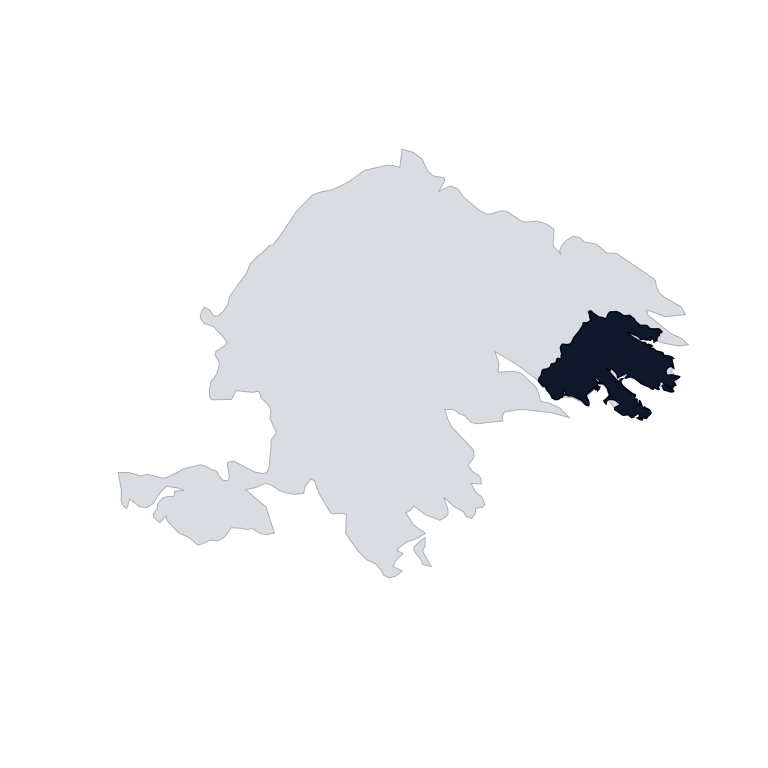 location of Kerry within Ireland, rotated 231°
{"feature_id": "IRL-725", "entity_name": "Kerry", "entity_type": "County", "adm_level": 1, "iso_a3": "IRL", "parent_name": "Ireland", "parent_adm1": "", "projection": "orthographic", "projection_center": [-9.777, 52.132], "detail": "fine", "context": "in_parent", "style": "filled", "palette": "ink", "viewbox_px": 768, "rotation_deg": 231, "n_neighbors": 0, "source": "natural_earth", "source_scale": "10m", "svg_char_len": 9547}
<svg xmlns="http://www.w3.org/2000/svg" viewBox="0 0 768 768"><g transform="rotate(231 384 384)"><path d="M462.4,143.4L449.8,153.0L447.9,156.5L444.7,170.6L444.4,174.6L436.8,190.4L432.3,193.7L425.5,196.5L421.6,199.1L416.7,198.0L410.5,198.3L407.4,201.2L407.6,203.3L409.6,205.7L421.3,212.6L420.7,215.6L417.6,219.1L397.1,228.0L391.0,233.2L388.9,236.6L391.3,242.1L408.3,258.5L411.2,260.3L413.9,270.0L428.7,273.6L434.9,279.6L440.2,280.9L451.4,280.0L456.0,282.1L458.5,280.3L459.9,277.0L472.1,264.7L467.9,255.9L480.0,240.3L483.5,240.4L489.6,244.8L494.8,251.0L496.7,259.6L501.7,267.1L504.8,269.7L512.9,270.9L515.0,273.8L514.0,285.1L515.4,288.8L536.1,287.6L544.1,282.3L551.3,282.8L555.1,287.7L556.9,292.8L550.8,295.0L544.3,294.3L541.4,297.8L541.5,304.4L544.1,312.7L548.7,318.5L552.8,331.8L556.5,346.6L561.4,355.4L562.9,366.5L562.5,372.1L563.8,381.9L562.1,385.5L564.0,394.7L573.2,424.3L575.9,447.6L572.6,456.5L567.9,465.1L565.1,475.1L563.1,485.9L562.3,503.2L552.2,523.8L547.7,529.0L542.3,532.4L555.0,545.9L545.5,552.6L534.8,555.1L522.7,552.1L515.3,552.8L506.2,560.5L504.0,559.3L499.1,547.9L496.3,559.9L489.5,564.0L477.7,563.6L458.2,567.5L450.7,571.1L447.7,576.5L445.6,582.7L442.6,586.4L439.2,588.5L424.1,593.4L421.1,595.3L414.3,605.4L405.1,611.4L397.5,613.3L390.5,607.6L387.7,604.2L384.5,602.5L374.0,603.0L377.3,604.7L379.5,608.8L380.7,616.6L379.7,624.2L374.6,628.2L368.4,629.1L358.8,637.2L345.8,639.5L338.9,647.0L296.2,659.8L293.7,659.9L287.8,656.8L281.4,655.4L275.0,656.4L257.0,663.4L248.3,662.0L259.4,644.8L274.3,636.1L275.8,633.8L270.9,632.6L242.7,638.6L232.8,643.7L223.0,645.2L227.6,637.4L240.3,626.7L251.2,619.7L255.9,613.4L269.2,606.2L226.3,620.9L215.1,619.0L212.5,614.9L203.7,616.8L200.4,606.8L213.5,591.8L221.1,585.3L230.0,581.9L238.6,576.9L241.9,570.7L237.8,568.7L212.1,570.2L199.7,568.8L200.5,563.9L202.8,558.5L215.6,549.4L222.5,547.9L228.6,548.8L239.5,554.3L253.9,552.6L247.9,546.7L246.8,534.7L242.2,530.6L248.1,525.1L254.9,521.7L266.0,510.2L270.0,508.4L292.1,505.5L316.0,499.3L339.5,490.7L327.3,486.1L321.4,480.1L312.3,492.6L305.6,497.4L286.7,500.1L280.6,498.7L272.2,494.9L269.6,496.4L267.1,499.3L254.6,505.5L241.4,506.9L256.7,495.7L276.1,476.7L280.4,470.7L286.5,460.2L284.6,455.6L280.6,453.0L294.4,431.5L299.3,427.5L308.2,426.8L314.8,423.4L317.6,423.3L320.2,422.0L325.9,415.5L317.0,411.5L307.9,409.5L279.6,411.9L275.9,411.5L272.4,409.5L270.1,406.7L268.4,399.4L266.4,397.8L260.0,397.8L253.7,400.0L249.4,399.8L245.1,396.6L251.9,389.1L243.1,387.4L234.2,388.8L226.7,386.5L226.5,381.9L229.9,377.2L225.5,372.8L224.6,367.2L229.3,364.4L234.5,365.4L244.9,361.2L258.3,359.2L246.8,355.1L242.3,351.6L242.0,346.3L243.0,341.7L256.2,334.0L270.2,330.5L269.2,325.4L270.2,319.9L256.0,318.3L241.9,322.2L243.5,311.7L246.8,302.2L247.5,295.9L246.8,289.2L240.3,292.0L239.5,282.6L236.8,276.1L227.1,280.5L227.4,271.9L230.2,266.0L235.2,263.4L240.2,264.5L249.5,264.4L258.5,259.9L271.4,258.7L291.9,260.1L306.2,272.7L309.8,270.4L315.4,262.3L318.0,261.4L339.4,264.6L352.7,269.0L356.2,267.5L354.1,258.6L349.5,252.5L355.1,244.4L361.9,238.8L366.5,236.0L377.1,232.4L381.7,229.1L384.5,218.6L389.2,209.8L362.6,214.9L337.1,205.0L341.0,197.7L346.3,193.5L355.4,190.2L356.3,186.4L360.9,183.2L368.4,174.8L365.4,164.1L366.7,156.2L372.1,150.9L373.7,143.5L376.0,138.0L387.2,135.9L397.8,130.6L414.3,129.5L418.6,131.4L417.4,122.5L425.1,121.1L428.2,122.8L429.7,129.1L433.4,133.0L434.7,140.0L432.5,145.4L428.7,149.7L432.4,153.9L427.0,161.8L433.0,158.3L441.4,150.5L440.8,144.3L439.0,136.6L436.4,129.7L437.3,122.0L442.0,117.0L454.6,114.1L449.1,105.6L453.7,104.6L458.8,106.3L466.4,112.8L482.5,121.8L475.2,130.6L465.9,136.8L462.4,143.4ZM239.1,315.2L238.7,319.2L232.5,314.1L229.5,308.5L212.4,305.8L219.6,300.3L223.0,302.0L235.1,302.3L238.4,304.6L239.1,315.2Z" fill="#d9dde1" stroke="#a8b0b8" stroke-width="1"/><path d="M246.1,623.3L246.5,622.7L246.6,620.3L247.8,621.1L249.3,621.4L252.7,621.3L252.7,620.3L252.0,620.2L250.3,619.4L250.3,618.5L251.5,617.7L253.7,615.1L255.5,614.1L256.5,612.2L256.9,611.6L257.6,611.4L260.0,611.6L262.8,610.7L268.0,607.7L270.8,606.8L270.8,605.7L264.4,606.6L255.1,610.1L253.5,611.1L252.7,612.1L252.2,613.0L249.3,613.0L247.9,613.4L248.5,614.5L245.8,616.2L244.8,616.4L245.0,615.8L245.3,614.1L245.4,613.4L244.2,613.4L243.5,614.0L243.0,614.8L242.4,615.4L241.4,615.8L239.2,616.1L238.2,616.4L234.3,619.5L232.3,620.4L230.3,619.3L228.5,621.2L226.3,623.1L223.9,624.5L221.8,625.1L222.3,623.3L214.0,619.2L217.3,618.2L218.2,614.8L216.7,611.1L213.1,609.4L212.1,610.2L209.9,613.6L208.9,614.3L207.8,614.9L205.0,617.5L203.7,618.3L203.2,616.5L204.3,612.3L203.7,610.4L202.4,610.1L200.7,610.3L199.5,610.0L200.1,608.4L200.1,607.7L199.9,607.6L199.7,607.5L199.7,606.9L199.9,606.6L200.1,606.2L200.2,605.5L199.9,605.5L199.3,605.5L199.0,605.5L199.0,604.5L201.9,604.2L209.2,601.6L210.7,601.6L211.5,601.2L211.7,600.2L211.7,599.2L211.4,598.8L210.2,598.0L209.4,596.4L208.5,595.0L206.9,594.7L206.9,593.9L207.9,593.2L210.1,592.4L211.1,591.9L210.5,589.8L212.3,588.8L214.8,588.3L217.0,586.8L222.6,584.1L231.0,582.4L234.5,580.3L236.5,575.4L237.1,575.4L237.1,578.0L237.9,579.1L239.1,579.4L240.4,579.3L240.1,578.0L242.0,569.6L244.7,571.2L247.4,571.3L253.9,570.5L253.3,569.9L252.6,568.9L252.1,568.5L255.1,566.6L237.7,567.5L238.9,570.4L238.3,572.1L237.9,572.7L237.4,570.4L236.5,569.4L235.4,568.8L234.1,568.5L231.5,568.3L219.7,571.2L217.6,572.5L216.6,571.7L215.8,570.3L214.9,569.5L214.0,569.8L213.4,570.7L212.7,571.0L210.5,568.7L209.5,568.6L207.0,569.4L207.0,570.3L207.9,570.3L208.6,570.5L210.1,571.3L210.1,572.2L207.9,571.8L203.7,570.3L201.7,570.3L201.7,571.2L202.0,571.7L202.9,572.1L201.0,572.2L197.5,573.8L195.6,574.1L193.5,573.3L192.9,571.5L192.8,569.1L192.1,566.3L192.8,565.8L194.5,564.3L194.5,563.4L193.6,562.3L194.6,561.0L196.5,560.0L198.2,559.5L197.5,561.4L199.4,563.1L200.5,563.5L201.4,563.0L201.6,561.8L201.3,560.8L201.3,559.8L202.3,558.6L201.5,557.8L201.1,557.7L201.9,555.5L203.0,554.9L204.3,555.0L206.0,554.6L207.0,553.6L208.9,550.5L209.9,549.8L219.0,547.2L220.4,548.4L219.3,553.8L219.4,554.7L225.2,553.8L227.7,552.3L230.1,549.8L230.9,546.8L228.8,544.0L231.9,544.0L232.8,544.5L232.4,546.0L232.8,548.0L232.9,550.3L233.2,552.1L234.5,552.8L235.9,553.1L238.6,554.3L241.5,555.0L245.2,555.0L246.4,554.3L248.2,552.0L249.2,551.4L250.3,551.9L249.7,552.3L249.2,552.8L250.6,553.7L256.9,552.8L255.5,551.4L254.3,551.0L251.5,551.0L248.7,549.3L247.4,549.0L246.1,550.0L245.4,549.3L244.9,548.4L244.6,547.3L244.4,546.0L245.4,547.0L246.3,547.6L247.2,547.6L248.5,547.0L247.4,546.3L246.8,546.1L246.1,546.0L246.1,544.9L246.9,544.9L249.2,544.1L248.2,541.7L248.5,534.7L247.0,533.2L242.4,532.4L240.0,531.2L238.4,529.4L239.7,528.1L241.4,527.5L247.3,527.1L255.9,523.1L257.1,522.1L258.4,520.1L259.9,519.2L262.1,519.3L264.4,519.9L265.9,520.6L265.5,518.7L264.5,517.8L263.1,517.5L261.6,517.7L262.1,516.9L262.3,516.2L262.2,515.4L261.6,514.7L261.6,513.7L262.3,512.9L262.5,512.0L262.3,510.3L262.6,509.3L264.6,506.8L265.1,507.3L265.7,506.9L266.4,506.2L267.3,505.8L270.8,506.8L277.7,506.8L278.4,507.1L279.2,507.7L280.1,508.0L281.0,507.3L281.6,506.4L282.1,505.9L282.9,505.8L289.4,506.0L289.9,506.9L291.1,508.4L291.3,509.8L291.5,510.9L292.3,512.3L293.1,513.3L294.1,514.3L294.6,515.1L294.9,515.8L295.0,516.8L294.8,517.4L294.5,517.9L294.1,518.2L293.8,518.5L293.6,518.9L293.4,519.4L293.2,520.4L293.0,521.1L292.7,521.7L292.5,522.8L292.5,523.5L292.7,524.1L293.2,524.9L293.5,525.3L293.8,525.9L294.2,526.7L294.1,527.2L293.9,527.6L293.6,528.0L293.3,528.3L293.0,528.8L292.7,529.5L292.5,530.6L292.5,531.2L292.7,531.8L292.9,532.1L293.9,533.1L294.2,533.5L294.6,534.3L294.6,534.9L294.4,535.3L294.1,535.7L292.8,536.3L292.4,536.7L292.2,537.5L292.3,538.0L292.6,538.3L294.0,539.0L294.3,539.3L294.9,540.1L295.4,540.9L295.7,541.2L296.1,541.5L297.6,541.9L298.9,542.7L300.2,543.3L300.6,543.5L301.1,544.0L301.4,544.3L302.4,546.1L302.7,547.5L302.5,547.9L299.2,551.2L298.5,552.4L298.2,553.5L298.1,554.9L298.2,555.7L298.3,556.3L298.8,557.2L299.1,557.7L299.4,558.5L300.2,559.8L300.4,560.3L300.7,561.3L302.3,569.1L304.4,575.3L304.9,576.2L305.0,576.4L305.3,576.6L305.6,576.9L306.0,577.0L306.0,577.6L305.8,578.1L305.6,578.4L305.2,578.8L304.5,579.3L304.0,579.9L303.7,580.9L303.4,583.2L303.4,584.3L303.7,585.0L304.1,585.3L305.2,585.4L305.7,585.6L306.1,585.8L307.5,586.9L309.4,587.7L310.6,588.0L310.9,588.1L311.3,588.4L311.4,588.9L311.3,589.4L311.1,590.0L310.7,590.6L310.3,590.9L309.8,591.1L308.7,590.9L308.2,591.0L301.2,593.0L300.0,593.8L299.7,594.1L298.8,595.1L298.0,595.7L296.6,596.3L296.2,596.6L295.8,597.1L295.3,597.8L295.2,598.4L295.3,599.0L295.5,599.4L295.7,599.8L296.7,600.9L296.9,601.3L297.7,603.9L297.7,604.6L297.6,605.3L297.2,605.9L296.2,607.0L295.4,608.0L294.8,609.1L293.6,610.6L293.1,610.9L292.0,611.3L291.6,611.5L290.8,612.0L290.3,612.2L288.6,612.4L287.6,612.7L285.6,613.9L285.1,614.4L284.5,615.2L283.7,616.8L283.1,617.7L282.6,618.2L282.2,618.4L281.7,618.5L279.4,618.8L277.8,619.3L276.9,619.4L276.3,619.3L275.3,619.0L274.1,619.0L268.7,620.0L268.3,620.2L267.8,620.6L265.1,624.0L264.4,624.7L264.0,625.0L263.5,625.2L263.0,625.3L260.6,625.4L260.1,625.5L259.7,625.7L258.9,626.2L258.5,626.5L254.2,631.9L253.8,632.2L253.4,632.5L252.9,632.6L251.7,632.7L250.2,633.0L249.7,632.9L249.5,632.6L249.4,632.1L249.6,631.6L249.8,630.6L249.9,630.1L249.8,629.7L249.5,629.3L248.7,628.8L248.5,628.4L248.5,628.0L248.6,627.5L248.6,626.9L248.3,625.9L247.9,625.1L247.6,624.7L247.0,624.1L246.4,623.7L246.1,623.3ZM206.3,598.7L207.3,598.8L207.6,599.8L207.0,600.8L205.4,601.9L202.0,603.5L198.9,603.8L198.1,604.6L196.3,604.8L196.0,603.7L197.5,601.7L202.1,598.7L202.9,597.9L204.5,598.0L205.1,598.1L205.8,598.8L206.3,598.7Z" fill="#0f172a" stroke="#020617" stroke-width="1.5"/></g></svg>